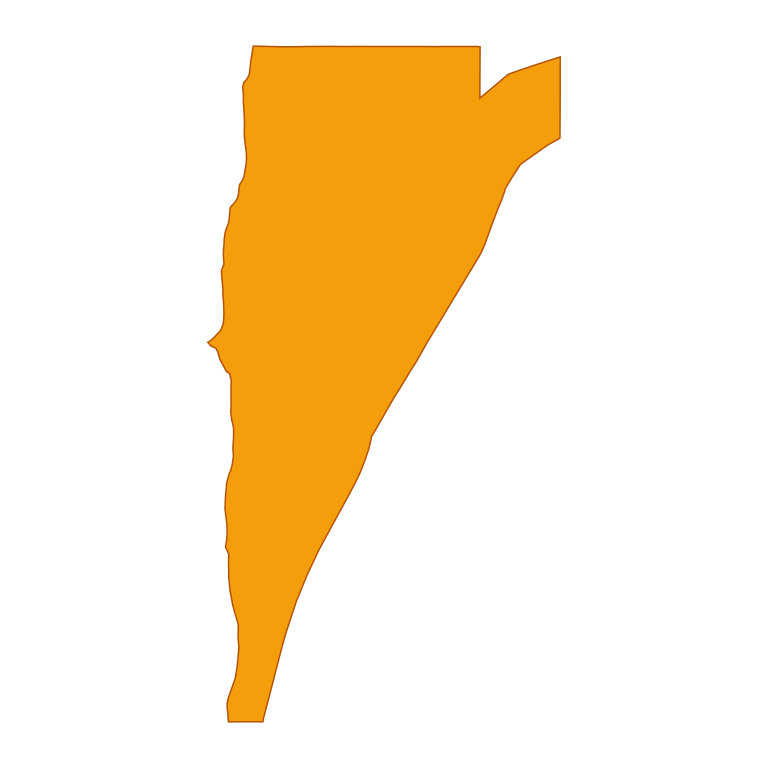 outline of Cottesloe, Western Australia, Australia
{"feature_id": "25037944B28116798937362", "entity_name": "Cottesloe", "entity_type": "district", "adm_level": 2, "iso_a3": "AUS", "parent_name": "Australia", "parent_adm1": "Western Australia", "projection": "natural_earth1", "projection_center": [115.756, -31.999], "detail": "fine", "context": "isolated", "style": "filled", "palette": "amber", "viewbox_px": 768, "rotation_deg": 0, "n_neighbors": 0, "source": "geoboundaries", "source_scale": "gbopen_adm2", "svg_char_len": 3007}
<svg xmlns="http://www.w3.org/2000/svg" viewBox="0 0 768 768"><path d="M480.1,46.7L477.2,46.5L443.2,46.5L440.3,46.5L435.3,46.6L420.9,46.5L402.0,46.5L372.1,46.5L369.1,46.5L368.2,46.5L363.6,46.4L345.9,46.5L327.2,46.4L321.8,46.4L307.6,46.5L296.4,46.7L282.0,46.8L277.4,46.7L275.8,46.6L274.0,46.6L253.2,46.1L251.7,55.6L250.8,60.9L249.8,70.7L249.0,75.1L246.9,79.1L243.8,82.5L242.7,87.0L243.2,91.9L243.4,96.8L243.3,101.6L244.0,111.1L244.4,120.4L244.5,125.3L244.3,130.3L244.3,135.1L244.4,136.4L244.7,140.0L245.2,144.5L245.9,149.0L246.4,153.5L246.5,158.6L246.2,163.2L244.7,172.3L244.0,176.7L242.1,180.8L239.6,184.6L238.9,189.4L238.5,194.0L237.4,198.4L234.9,202.3L232.0,205.7L231.6,205.7L230.7,206.8L230.3,207.9L229.8,211.3L229.8,212.0L229.6,214.3L229.4,216.5L228.8,221.9L228.1,224.1L226.2,229.1L225.1,232.4L224.6,236.0L224.2,239.9L224.0,244.7L223.5,249.8L223.3,254.5L223.6,259.0L223.9,262.6L223.9,263.0L223.7,265.1L222.4,267.7L221.5,270.5L221.6,273.9L221.9,278.6L222.5,284.5L222.8,289.0L222.9,294.6L223.2,298.7L223.6,303.2L223.6,303.7L223.9,311.4L223.9,315.1L223.7,318.9L223.4,322.6L222.8,324.9L221.9,327.2L221.2,329.1L220.5,330.5L214.1,337.4L210.7,340.5L207.8,342.3L210.7,345.8L212.6,346.8L214.3,347.4L216.1,348.5L216.8,350.1L217.7,351.6L218.8,355.8L219.8,359.1L221.3,362.0L222.2,363.5L224.6,368.0L226.4,371.5L229.5,373.5L231.3,380.3L231.2,382.0L231.0,386.5L231.1,404.2L230.8,412.5L231.7,420.0L233.1,425.5L233.6,429.5L233.6,435.3L233.4,439.8L233.2,443.1L232.9,448.2L233.1,452.4L233.4,455.2L233.3,457.1L232.8,460.7L232.4,463.7L231.4,467.8L230.7,470.4L229.3,473.4L228.3,476.9L227.4,480.1L226.6,483.4L226.1,489.8L225.5,496.1L225.2,502.3L225.0,508.9L225.7,515.0L226.9,523.9L227.1,529.9L227.1,534.0L226.6,540.4L225.8,545.0L225.6,547.2L226.4,549.1L226.8,549.9L227.9,552.1L228.8,554.6L228.6,558.8L228.5,564.9L228.7,571.6L228.7,576.7L230.0,590.6L232.8,605.5L234.9,613.0L238.0,623.4L238.3,624.3L238.1,638.5L238.9,647.0L238.0,658.0L237.0,668.0L235.2,678.5L232.8,685.2L228.2,698.2L227.1,703.6L227.2,709.1L228.0,714.1L228.1,719.3L228.5,721.9L236.1,721.8L243.1,721.8L262.9,721.8L263.4,718.6L274.0,678.0L279.5,656.5L283.3,642.1L287.2,629.1L287.8,627.3L291.9,614.8L294.5,607.1L296.5,600.9L298.5,596.1L303.6,583.6L306.8,575.8L307.3,574.7L311.4,565.9L317.5,553.0L318.5,550.9L319.2,549.4L332.1,525.6L340.9,509.5L349.8,493.2L356.6,480.1L357.3,478.7L361.1,470.4L361.4,469.5L364.7,461.1L365.2,459.7L369.0,448.3L369.8,444.8L371.1,438.9L371.5,436.5L373.3,433.8L373.4,433.6L385.0,413.4L386.8,410.2L394.8,396.3L401.8,385.3L409.1,373.1L410.4,371.0L415.9,362.4L425.4,345.6L427.0,342.8L437.5,325.3L439.0,322.9L444.6,313.6L460.7,286.8L462.0,284.7L469.6,272.1L474.8,263.6L478.8,256.9L481.4,252.2L484.4,245.5L492.3,223.5L493.3,220.9L498.4,207.6L501.7,199.8L505.7,188.0L511.1,178.9L515.7,171.7L520.5,164.4L523.1,162.5L525.8,160.5L547.3,145.3L559.9,138.2L560.0,132.0L560.2,94.3L560.2,56.9L542.1,62.7L523.1,69.0L516.7,71.2L508.6,74.1L505.3,76.8L492.2,87.8L479.9,98.2L479.9,82.1L480.1,46.7Z" fill="#f59e0b" stroke="#b45309" stroke-width="1.5"/></svg>